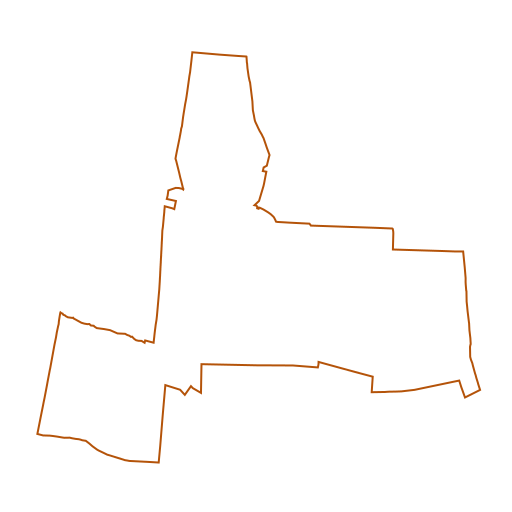 outline of Rediu, Galati, Romania, rotated 89°
{"feature_id": "2599482B99590991527572", "entity_name": "Rediu", "entity_type": "district", "adm_level": 2, "iso_a3": "ROU", "parent_name": "Romania", "parent_adm1": "Galati", "projection": "robinson", "projection_center": [27.841, 45.712], "detail": "fine", "context": "isolated", "style": "outline", "palette": "amber", "viewbox_px": 512, "rotation_deg": 89, "n_neighbors": 0, "source": "geoboundaries", "source_scale": "gbopen_adm2", "svg_char_len": 5401}
<svg xmlns="http://www.w3.org/2000/svg" viewBox="0 0 512 512"><g transform="rotate(89 256 256)"><path d="M376.7,466.3L382.2,467.4L387.0,468.4L394.2,469.9L398.6,470.9L401.5,471.5L410.6,473.5L430.1,477.7L431.7,472.0L432.0,465.4L432.4,462.4L433.1,458.0L434.1,452.7L434.4,450.8L434.4,447.2L434.4,445.4L435.0,443.2L435.7,439.6L436.1,436.4L436.5,434.8L437.2,432.9L437.8,429.4L440.6,425.9L443.4,422.8L446.8,418.3L447.7,416.8L450.3,411.6L452.1,408.1L452.3,407.3L457.4,391.8L457.8,390.8L458.3,388.0L458.7,386.2L460.0,367.2L460.8,356.9L444.4,355.1L412.1,351.9L383.5,348.9L388.4,334.2L393.6,329.6L385.0,323.3L385.9,322.5L387.0,321.5L391.9,313.4L363.2,312.4L365.3,257.3L365.5,247.7L366.1,221.0L368.5,196.1L365.4,195.4L363.0,195.3L364.2,191.3L373.7,158.9L378.7,141.4L394.2,142.7L394.2,129.3L394.0,125.9L394.0,118.4L393.9,113.0L393.1,104.9L392.6,99.8L385.2,60.9L384.1,55.0L390.8,53.0L393.1,52.2L401.1,49.5L394.1,34.9L393.8,34.3L387.5,36.2L387.2,36.2L381.8,37.8L378.9,38.5L377.4,39.0L369.6,41.0L366.9,41.6L363.4,42.9L360.6,43.6L357.2,43.6L350.8,43.6L350.5,43.6L348.3,43.1L348.2,43.0L347.9,42.9L346.8,42.9L344.6,43.0L341.9,43.1L334.0,43.9L327.2,44.1L326.5,44.2L315.0,45.4L309.8,45.8L305.3,46.2L294.7,46.2L294.4,46.4L288.3,46.8L285.7,46.9L281.7,46.8L271.1,47.5L255.1,48.8L254.9,57.7L254.3,68.9L251.9,119.0L235.6,118.3L233.6,118.4L231.7,118.7L231.3,118.8L230.9,119.2L229.9,136.2L226.6,199.7L226.6,200.5L224.6,202.0L223.2,222.5L222.8,227.6L222.3,234.2L222.0,235.4L220.2,236.1L218.0,237.2L217.1,237.8L214.5,240.5L213.3,242.1L212.5,243.2L209.6,247.8L207.9,251.2L207.6,252.2L208.8,252.6L208.3,254.0L207.6,253.9L206.3,254.2L205.8,254.5L205.6,255.1L205.2,256.6L201.0,252.0L186.2,247.3L183.8,246.7L171.9,244.2L171.2,247.7L167.6,246.8L165.9,243.6L157.2,241.3L155.3,240.7L147.6,243.4L144.4,244.4L139.2,246.1L138.5,246.3L136.7,247.2L134.7,248.1L132.4,249.4L131.2,250.1L127.8,251.7L125.7,252.6L123.3,253.7L122.2,254.2L121.1,254.6L120.4,254.8L118.3,255.2L115.6,255.6L110.7,256.5L110.0,256.6L101.4,256.9L82.4,258.9L80.7,259.4L76.5,260.2L74.2,260.5L67.7,261.3L67.2,261.3L66.0,261.4L64.3,261.5L63.8,261.5L61.9,261.8L61.1,261.8L57.2,262.0L56.6,262.0L56.4,262.1L56.4,262.3L56.3,262.9L56.0,266.6L55.7,270.3L54.0,289.1L51.2,316.1L59.1,317.1L71.1,318.7L75.2,319.5L77.2,319.8L90.6,321.9L95.5,322.7L98.3,323.2L103.0,324.2L108.1,325.1L110.8,325.6L116.0,326.5L125.1,327.8L127.4,328.6L129.0,328.8L130.0,329.0L130.5,329.1L131.0,329.2L131.6,329.3L131.8,329.4L132.0,329.4L132.3,329.5L132.6,329.5L132.9,329.6L133.1,329.6L133.8,329.8L134.1,329.8L134.3,329.9L134.8,330.0L135.0,330.0L135.4,330.1L135.6,330.2L135.8,330.2L136.0,330.2L141.4,331.4L149.5,333.2L154.2,334.2L156.7,334.7L157.3,334.8L158.0,334.6L159.6,334.1L171.3,331.4L176.5,330.3L180.0,329.4L186.6,327.9L187.8,327.4L188.3,327.6L187.8,328.2L187.5,328.8L186.7,331.9L186.5,335.1L188.9,342.5L194.1,343.3L197.4,344.2L199.6,335.1L207.7,336.9L206.8,339.0L204.7,346.3L204.9,346.3L205.0,346.4L205.6,346.4L205.9,346.5L207.1,346.6L207.7,346.7L208.7,346.8L209.5,346.9L210.3,346.9L211.7,347.1L212.0,347.1L213.5,347.3L213.9,347.3L214.2,347.4L214.5,347.4L215.1,347.5L216.0,347.6L216.4,347.6L216.5,347.6L217.2,347.7L217.3,347.7L222.7,348.3L224.5,348.5L226.0,348.7L227.1,348.9L229.0,349.2L235.7,349.6L236.3,349.6L236.6,349.7L236.8,349.7L237.0,349.7L237.3,349.7L237.6,349.7L237.8,349.7L238.0,349.8L238.6,349.8L238.8,349.8L239.0,349.8L239.7,349.9L240.0,349.9L240.4,349.9L240.8,350.0L241.2,350.0L241.3,350.0L242.0,350.0L242.3,350.1L242.5,350.1L242.9,350.1L243.1,350.1L243.3,350.1L243.5,350.1L244.0,350.2L244.3,350.2L244.6,350.2L244.8,350.2L245.6,350.3L246.1,350.3L246.3,350.3L246.5,350.3L247.0,350.4L247.3,350.4L247.7,350.4L248.0,350.4L248.5,350.5L249.0,350.5L249.3,350.5L249.5,350.6L249.8,350.6L250.0,350.6L250.6,350.6L251.0,350.7L251.4,350.7L251.8,350.7L252.1,350.7L252.4,350.8L252.5,350.8L253.3,350.8L253.7,350.8L253.8,350.8L254.0,350.9L254.3,350.9L254.5,350.9L254.8,350.9L255.1,350.9L255.2,351.0L255.8,351.0L256.1,351.0L256.3,351.0L256.7,351.1L256.9,351.1L257.1,351.1L257.6,351.1L258.1,351.2L258.6,351.2L258.8,351.2L259.3,351.2L259.7,351.3L259.9,351.3L260.2,351.3L260.5,351.3L260.9,351.3L261.2,351.4L261.7,351.4L261.9,351.4L262.2,351.4L262.4,351.5L262.7,351.5L262.9,351.5L263.2,351.5L263.4,351.5L264.3,351.6L265.6,351.7L265.8,351.7L266.1,351.7L266.8,351.8L267.0,351.8L267.5,351.8L267.8,351.8L268.2,351.9L269.1,351.9L269.8,352.0L270.0,352.0L270.6,352.0L271.2,352.1L271.3,352.1L271.7,352.1L271.8,352.1L272.2,352.1L272.8,352.2L273.3,352.2L273.5,352.2L274.8,352.3L275.7,352.4L276.1,352.4L276.3,352.4L276.6,352.4L276.9,352.5L277.2,352.5L277.8,352.5L278.0,352.5L278.3,352.6L278.5,352.6L279.0,352.6L287.8,353.3L288.7,353.4L306.7,355.3L307.4,355.4L307.7,355.4L314.2,356.1L318.1,356.6L323.0,357.5L326.6,358.0L328.5,358.3L330.1,358.5L330.7,358.6L332.3,358.8L334.6,359.1L335.0,359.1L335.5,359.2L337.8,359.5L340.1,359.8L340.9,359.9L338.5,368.3L340.8,368.9L338.9,371.9L338.7,375.1L338.1,377.4L336.7,379.3L334.5,381.3L334.7,382.4L333.5,384.0L332.7,386.2L331.5,388.2L331.0,395.8L327.6,403.2L326.4,409.2L325.3,416.5L323.7,418.8L322.9,419.5L322.6,422.3L321.1,423.8L321.2,425.8L320.6,428.9L319.7,431.7L315.3,439.4L314.5,439.9L314.7,440.8L314.6,441.4L314.0,445.2L312.8,447.3L312.0,448.1L311.4,449.7L310.2,450.4L309.9,451.4L309.0,452.5L309.5,452.7L313.7,453.5L317.7,454.2L320.7,454.5L322.8,455.1L328.9,456.5L333.9,457.4L341.0,459.0L365.0,463.8L365.7,464.0L376.7,466.3Z" fill="none" stroke="#b45309" stroke-width="2"/></g></svg>